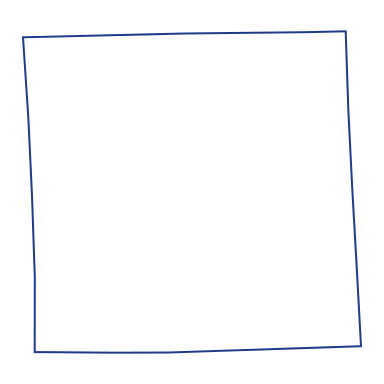 Livingston, Michigan, United States of America (Equal Earth projection)
{"feature_id": "52423323B39126215776989", "entity_name": "Livingston", "entity_type": "district", "adm_level": 2, "iso_a3": "USA", "parent_name": "United States of America", "parent_adm1": "Michigan", "projection": "equal_earth", "projection_center": [-83.94, 42.604], "detail": "fine", "context": "isolated", "style": "outline", "palette": "blue", "viewbox_px": 384, "rotation_deg": 0, "n_neighbors": 0, "source": "geoboundaries", "source_scale": "gbopen_adm2", "svg_char_len": 307}
<svg xmlns="http://www.w3.org/2000/svg" viewBox="0 0 384 384"><path d="M23.0,37.3L28.4,118.9L32.0,195.5L34.8,277.0L34.7,352.1L41.2,352.1L115.1,352.7L169.1,352.5L361.0,346.2L356.7,267.0L352.3,189.5L348.3,109.6L345.7,31.3L304.9,32.2L184.2,33.5L23.0,37.3Z" fill="none" stroke="#1e3a8a" stroke-width="2"/></svg>